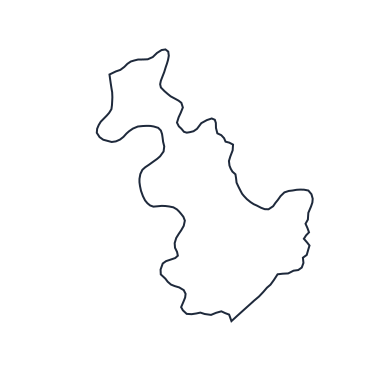 the district of Celso Ramos, Santa Catarina, Brazil, rotated 33°
{"feature_id": "56859067B63950951197132", "entity_name": "Celso Ramos", "entity_type": "district", "adm_level": 2, "iso_a3": "BRA", "parent_name": "Brazil", "parent_adm1": "Santa Catarina", "projection": "natural_earth1", "projection_center": [-51.328, -27.652], "detail": "fine", "context": "isolated", "style": "outline", "palette": "slate", "viewbox_px": 384, "rotation_deg": 33, "n_neighbors": 0, "source": "geoboundaries", "source_scale": "gbopen_adm2", "svg_char_len": 2679}
<svg xmlns="http://www.w3.org/2000/svg" viewBox="0 0 384 384"><g transform="rotate(33 192 192)"><path d="M304.2,152.0L300.9,146.1L299.7,139.3L298.7,135.3L296.9,131.9L293.4,128.8L288.8,127.4L284.8,129.0L281.5,131.0L278.5,133.2L275.5,136.0L272.6,138.4L269.7,142.0L268.5,147.2L268.3,152.0L267.9,155.7L267.8,159.7L265.6,164.8L262.3,166.8L258.6,167.6L253.6,168.1L250.4,168.6L246.6,168.6L241.9,168.1L237.8,167.1L235.0,166.2L232.3,164.7L228.3,162.4L224.3,159.9L221.4,156.4L218.8,153.5L214.8,152.9L211.8,151.4L209.0,149.4L206.1,145.9L204.8,141.4L203.4,134.9L200.6,129.9L196.4,130.3L192.7,131.5L189.6,129.4L185.6,128.4L181.3,129.0L177.2,125.2L174.4,121.1L171.8,119.0L168.5,119.6L165.3,123.6L162.3,129.2L161.8,136.3L160.2,140.2L157.8,142.8L155.3,145.1L152.5,145.9L148.6,144.7L145.2,144.1L141.6,142.0L140.1,136.6L139.4,131.7L138.3,126.1L134.5,123.0L131.0,122.7L126.9,123.0L122.0,123.4L118.2,123.0L113.9,122.4L109.0,121.3L106.6,119.0L105.3,115.7L104.3,111.0L103.4,106.6L102.0,101.7L101.0,97.7L99.9,94.1L98.3,90.3L95.6,87.2L92.1,86.9L89.2,89.5L86.9,94.5L85.6,100.2L82.6,104.8L78.8,107.5L74.5,110.4L71.9,113.2L69.6,115.9L68.0,119.7L67.1,124.0L65.4,128.6L62.5,132.3L58.8,138.4L61.9,142.0L64.8,145.3L68.0,148.9L70.7,151.8L73.6,155.9L75.6,159.3L77.6,162.8L79.3,166.4L79.4,170.8L78.9,174.3L78.0,178.7L77.2,182.7L77.3,186.6L78.0,190.6L79.9,194.2L84.6,196.3L89.1,196.5L97.4,193.8L100.6,191.0L103.1,187.2L104.5,183.1L105.2,178.7L106.1,175.4L107.9,171.0L110.9,166.6L114.5,163.7L117.4,161.6L121.0,159.3L124.2,157.9L128.7,156.6L132.4,157.4L135.3,159.7L137.7,162.4L140.4,165.6L143.9,168.9L146.1,173.5L145.8,179.5L144.7,183.3L142.8,188.1L141.1,192.5L139.3,196.7L138.3,200.4L138.9,205.1L140.8,209.6L142.6,212.4L145.2,215.4L148.6,218.8L153.1,222.2L157.2,224.6L160.7,225.7L164.2,226.1L167.6,225.3L170.8,222.8L174.2,220.1L177.4,218.2L180.7,216.6L184.7,215.0L188.8,214.8L191.8,215.4L194.8,216.3L198.3,217.5L201.6,219.9L203.5,224.9L203.8,230.1L203.7,234.3L203.8,239.1L205.3,244.3L208.1,248.0L212.1,250.4L214.8,253.1L213.9,256.5L211.0,260.2L207.9,264.1L206.4,267.9L207.9,274.2L210.7,278.1L216.9,279.2L220.5,280.5L224.8,281.1L228.8,280.3L233.2,279.0L238.5,278.8L242.1,280.9L243.7,284.2L244.5,288.2L245.6,294.5L248.8,296.2L253.9,297.1L258.2,294.7L261.8,291.5L264.7,288.6L269.1,287.4L274.9,284.7L278.0,280.2L281.6,276.1L285.8,275.5L289.9,274.6L295.4,278.8L297.4,271.1L303.3,249.1L305.1,243.2L306.2,237.2L307.0,231.4L308.3,227.0L308.6,221.3L308.6,214.4L312.6,211.1L317.0,207.9L320.0,202.7L323.6,199.6L325.2,195.6L324.1,190.8L320.8,186.7L322.5,182.3L320.7,176.4L319.7,172.9L315.9,171.6L311.3,170.3L311.3,166.2L312.1,162.1L308.4,159.3L304.5,156.8L304.2,152.0Z" fill="none" stroke="#1e293b" stroke-width="2"/></g></svg>